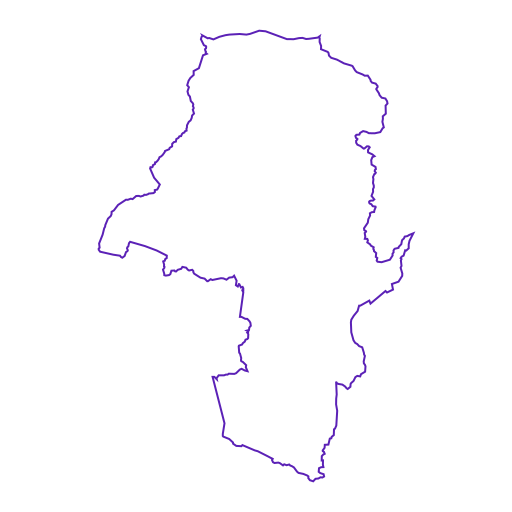 Acteopan, Puebla, Mexico (Mercator projection)
{"feature_id": "50627088B24925677971158", "entity_name": "Acteopan", "entity_type": "district", "adm_level": 2, "iso_a3": "MEX", "parent_name": "Mexico", "parent_adm1": "Puebla", "projection": "mercator", "projection_center": [-98.68, 18.751], "detail": "fine", "context": "isolated", "style": "outline", "palette": "violet", "viewbox_px": 512, "rotation_deg": 0, "n_neighbors": 0, "source": "geoboundaries", "source_scale": "gbopen_adm2", "svg_char_len": 6050}
<svg xmlns="http://www.w3.org/2000/svg" viewBox="0 0 512 512"><path d="M369.7,147.3L368.7,146.4L367.0,146.3L364.4,148.5L363.6,148.6L360.4,146.0L357.4,144.7L356.2,142.8L356.1,140.8L357.3,139.5L357.4,138.9L356.0,137.9L355.4,136.0L356.4,134.8L359.4,134.6L360.1,132.9L363.1,131.1L366.5,131.9L368.9,133.2L374.7,133.3L380.3,132.1L382.6,128.3L383.8,127.4L382.4,121.8L382.9,118.8L382.8,116.3L385.8,113.7L385.6,105.6L387.5,103.5L387.1,101.3L385.4,98.5L381.7,97.7L379.6,95.2L378.9,93.2L376.3,89.3L376.3,88.8L377.6,87.0L377.6,86.1L375.7,83.6L372.0,82.6L370.7,81.0L370.5,79.7L367.8,75.6L364.7,75.7L362.7,74.5L356.7,72.1L355.1,70.4L352.6,66.2L351.8,65.7L344.0,63.4L336.9,59.6L331.2,57.8L329.0,55.6L328.5,52.9L327.7,51.9L321.0,49.2L321.1,45.9L319.6,42.0L319.7,38.5L319.3,37.6L319.7,36.2L317.7,37.6L308.9,38.8L306.1,39.0L302.6,37.9L299.0,38.1L293.7,39.2L286.8,39.1L265.6,31.3L259.2,30.7L250.0,33.9L246.4,34.6L239.7,34.0L229.3,34.6L225.4,35.2L219.4,36.8L213.4,39.4L209.2,38.0L207.7,38.3L202.4,35.4L202.6,35.8L201.6,36.8L200.9,39.2L203.9,45.2L205.9,46.1L206.2,46.8L206.0,48.3L205.0,49.2L205.4,51.0L205.9,51.6L205.7,52.9L206.8,53.8L203.0,55.3L198.9,68.2L193.6,71.1L193.7,74.9L190.4,77.9L188.6,80.7L187.2,85.2L188.9,87.2L187.5,91.4L188.4,94.8L189.9,96.5L190.8,101.0L192.8,103.2L193.3,104.4L192.9,106.2L193.6,107.5L193.6,108.5L192.8,109.6L194.0,113.6L192.1,115.5L191.7,117.9L190.6,120.4L188.8,121.8L187.0,125.3L186.9,127.7L186.4,128.8L186.6,130.6L184.9,131.3L184.4,132.5L183.0,133.0L181.9,134.1L181.1,136.1L179.4,136.3L178.4,137.9L176.3,139.1L175.9,141.6L173.9,142.1L172.2,143.8L172.1,146.4L169.7,147.8L169.2,149.2L165.0,151.0L164.7,152.1L162.7,154.9L161.1,156.4L159.5,157.2L158.8,159.0L157.6,160.7L156.0,162.3L155.1,162.4L154.9,164.1L152.9,165.2L152.7,166.7L151.8,167.4L150.5,167.2L150.1,168.5L154.1,177.7L159.8,184.5L157.8,188.6L157.1,189.6L154.8,190.1L154.9,192.0L153.5,193.1L148.7,193.6L148.0,194.2L146.0,194.9L144.3,194.7L143.5,195.6L140.6,196.5L138.9,195.9L136.2,196.0L132.6,199.1L130.8,198.7L127.8,199.8L126.0,199.7L118.1,204.9L113.9,210.4L111.6,211.8L111.5,214.3L110.7,216.1L108.0,218.6L105.3,225.1L105.1,226.7L104.2,228.3L102.6,234.7L99.1,243.5L99.6,247.7L98.7,248.6L98.7,249.7L100.1,251.7L113.3,254.7L120.0,255.7L121.0,257.0L122.3,257.7L124.6,256.0L126.0,252.1L127.4,251.2L127.8,250.2L127.0,248.4L127.3,247.3L128.3,246.4L129.0,243.2L130.1,241.8L145.0,246.1L156.7,250.5L166.8,255.6L166.7,258.1L165.2,259.1L164.8,260.7L163.2,261.4L164.1,264.5L164.0,266.4L164.5,266.9L164.3,267.9L163.0,269.6L164.2,273.5L164.3,275.2L165.8,275.6L169.0,275.1L170.3,274.2L171.4,270.7L174.4,270.5L175.0,271.3L176.0,271.5L177.8,269.8L181.2,268.8L182.4,266.9L186.2,267.7L187.8,269.7L189.1,270.5L192.2,269.8L193.3,271.0L193.4,272.4L194.2,273.7L200.5,277.7L204.6,278.6L207.2,281.2L207.9,281.2L210.7,279.2L212.3,280.0L221.0,278.2L223.4,278.4L226.5,279.7L229.2,277.6L232.6,277.2L234.1,275.7L236.6,280.7L235.9,285.2L237.8,286.5L238.9,284.1L239.3,284.2L241.0,287.5L242.6,286.9L243.3,288.2L243.3,289.4L243.0,289.1L242.8,290.1L242.3,290.3L243.3,292.4L239.9,316.9L241.5,316.9L245.2,318.8L247.3,318.9L249.6,321.4L250.4,322.9L250.8,325.8L249.3,327.5L249.0,330.0L246.9,330.6L248.3,331.3L248.1,332.4L247.3,332.7L248.3,334.2L248.1,338.1L247.4,339.0L245.5,339.7L244.8,341.6L242.8,343.2L242.1,344.5L238.9,345.7L238.7,346.4L239.2,352.7L240.0,353.6L241.2,358.0L241.0,360.3L241.3,361.2L242.9,362.0L246.2,365.2L245.8,367.2L247.5,371.2L244.8,370.5L241.6,368.8L239.8,369.6L236.1,373.2L234.3,373.9L228.8,373.7L227.6,374.6L225.9,374.6L224.1,375.3L218.7,375.3L216.5,378.3L216.7,379.2L214.4,376.9L212.6,376.9L224.5,423.3L222.8,433.9L222.8,436.0L223.3,436.6L229.2,439.0L233.0,442.5L233.1,443.7L236.3,445.9L241.4,446.2L242.4,445.1L254.8,450.4L257.7,451.2L266.8,455.8L272.7,458.9L272.0,460.0L273.0,462.2L274.5,463.0L278.3,462.6L279.8,463.1L283.0,465.4L284.2,464.3L286.6,465.2L289.2,464.5L290.3,465.6L291.6,466.0L293.9,467.4L297.0,471.6L298.5,472.9L303.3,473.9L307.2,475.5L308.4,476.4L308.3,478.1L309.9,480.2L313.2,481.3L315.5,478.8L318.4,478.5L320.5,477.3L322.4,477.5L324.1,476.5L323.6,474.2L320.3,473.1L318.7,471.8L319.0,468.2L321.2,467.2L323.4,467.1L322.9,464.7L323.0,460.4L321.7,460.5L321.8,456.1L323.2,454.6L324.7,453.8L323.9,451.8L322.8,451.2L322.7,450.4L324.6,447.8L324.8,444.8L328.4,444.6L329.8,438.6L331.3,438.3L331.7,436.8L333.8,435.1L334.0,429.3L335.0,428.6L336.3,425.6L337.2,410.8L336.1,404.4L336.2,398.6L336.7,394.5L336.1,381.6L336.6,382.9L338.2,383.9L342.4,384.6L345.1,386.5L346.6,388.3L347.7,389.0L350.4,386.8L350.6,384.0L351.2,383.0L353.5,381.0L355.4,377.1L357.3,375.9L360.2,376.4L361.0,374.2L365.1,371.7L365.5,366.3L364.9,364.7L363.9,363.4L363.7,361.4L364.9,355.9L364.1,354.5L363.9,352.8L362.2,347.3L359.1,346.1L357.3,344.1L355.2,342.9L353.5,340.3L351.3,332.4L350.9,322.4L351.3,319.7L353.8,315.7L357.6,311.0L359.1,305.7L360.2,305.7L369.3,300.6L370.5,303.6L385.5,291.0L387.0,292.5L393.0,289.6L391.9,284.0L398.5,281.7L402.2,275.9L402.3,273.5L400.6,267.7L401.5,265.9L400.9,260.5L401.5,259.1L400.6,258.2L401.6,256.7L403.6,255.6L405.2,250.3L406.2,250.6L408.7,248.3L408.7,244.3L409.5,240.8L413.3,233.3L409.1,235.0L407.4,236.1L404.7,236.6L403.9,238.5L402.3,239.9L401.9,240.9L401.3,244.2L398.8,246.8L398.5,247.9L394.9,248.7L394.1,249.4L393.5,250.6L393.6,252.3L392.5,253.8L392.6,255.5L389.9,259.7L381.6,262.2L377.5,261.7L376.7,260.6L377.3,258.0L375.8,256.9L376.2,253.1L374.0,251.1L373.9,249.9L373.3,248.9L373.7,247.3L370.8,245.6L370.2,244.4L367.3,242.4L367.9,240.4L367.3,238.9L364.8,238.8L365.3,236.8L364.7,233.0L366.1,231.6L366.0,231.2L364.3,230.2L364.0,228.3L367.8,222.7L368.3,219.2L370.1,215.5L369.9,213.3L371.8,212.2L374.1,212.0L374.4,210.3L375.7,207.1L375.5,206.6L372.7,206.2L371.3,204.2L369.8,203.6L369.2,202.8L369.1,201.8L369.6,201.1L371.0,200.6L372.9,200.6L374.3,199.4L371.5,195.9L373.1,191.8L373.0,189.1L373.8,187.4L373.8,185.6L373.0,183.0L373.4,179.2L373.0,177.1L374.3,174.1L375.2,173.7L375.8,172.7L374.7,171.2L374.9,170.0L375.9,169.1L375.5,166.9L371.6,164.6L371.2,160.1L372.4,157.1L374.5,156.2L372.2,154.3L368.1,152.4L368.0,150.0L369.7,147.3Z" fill="none" stroke="#5b21b6" stroke-width="2"/></svg>